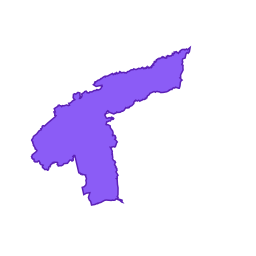 Ban Pong, Ratchaburi, Thailand, rotated 146°
{"feature_id": "78962969B74786164204095", "entity_name": "Ban Pong", "entity_type": "district", "adm_level": 2, "iso_a3": "THA", "parent_name": "Thailand", "parent_adm1": "Ratchaburi", "projection": "albers", "projection_center": [99.771, 13.854], "detail": "fine", "context": "isolated", "style": "filled", "palette": "violet", "viewbox_px": 256, "rotation_deg": 146, "n_neighbors": 0, "source": "geoboundaries", "source_scale": "gbopen_adm2", "svg_char_len": 5969}
<svg xmlns="http://www.w3.org/2000/svg" viewBox="0 0 256 256"><g transform="rotate(146 128 128)"><path d="M201.3,84.5L198.2,83.1L195.7,82.7L195.8,82.4L195.4,82.2L194.3,82.2L192.1,81.5L187.8,81.1L186.4,80.5L182.4,77.3L181.1,76.9L180.9,76.5L179.2,75.5L177.5,75.9L175.2,72.6L174.6,70.1L174.2,69.6L174.3,70.7L173.5,71.1L173.3,71.6L175.8,74.6L176.0,75.4L174.9,76.1L175.3,77.1L173.7,78.2L169.7,84.0L168.3,87.1L165.8,91.3L165.9,92.6L165.0,92.3L164.1,94.0L162.7,94.4L162.5,98.3L160.6,99.2L160.4,100.6L159.9,100.8L160.2,102.4L159.6,102.7L159.7,105.1L159.0,105.5L158.5,106.3L157.6,106.4L157.4,107.9L158.1,109.0L158.1,111.2L157.2,112.0L156.2,114.0L156.0,115.1L155.6,115.0L154.8,116.8L154.2,117.2L153.9,118.1L153.5,121.8L152.6,120.9L152.2,121.3L150.6,120.8L149.7,119.7L149.1,120.0L148.8,119.7L145.7,122.1L144.7,122.4L144.9,124.9L145.3,126.1L143.6,126.5L143.3,127.6L143.6,127.8L143.0,128.8L143.4,129.6L145.1,130.3L144.7,131.1L144.0,131.1L142.9,132.7L142.4,134.3L142.6,137.8L141.6,139.8L142.9,142.1L144.2,142.9L144.2,143.2L142.3,145.0L141.8,144.7L139.5,144.4L138.7,143.7L136.7,144.6L136.2,144.6L136.0,143.9L135.5,144.1L135.2,143.5L134.5,143.9L134.6,144.5L135.0,144.5L135.1,145.5L135.7,146.3L136.8,145.9L137.8,147.2L139.5,147.5L140.4,148.3L140.0,151.8L139.0,151.9L138.8,152.5L137.4,152.1L137.7,152.4L136.9,153.2L135.3,153.6L135.2,152.9L134.8,152.8L135.1,151.5L134.4,151.1L131.9,147.5L131.0,147.6L129.6,147.1L128.3,147.5L128.0,146.7L126.4,145.8L125.5,145.4L123.6,145.4L123.1,144.9L121.3,144.9L118.5,146.1L118.4,145.6L117.9,145.6L117.0,144.7L116.6,145.1L115.8,144.3L115.3,144.3L114.9,144.9L112.3,144.4L109.5,145.0L108.8,146.2L107.4,146.2L107.1,146.3L107.1,146.7L106.0,146.8L105.3,145.2L103.6,145.0L103.2,143.6L102.2,143.7L101.0,143.2L99.9,143.5L98.7,142.6L97.1,142.3L96.9,142.9L95.7,142.4L93.9,143.8L92.3,143.7L91.0,144.1L90.7,144.5L86.0,143.7L85.2,142.3L84.5,142.5L83.3,142.0L82.8,141.2L81.8,140.6L81.2,139.2L79.1,137.9L75.7,136.4L74.2,136.1L72.6,136.4L72.5,136.0L71.3,136.2L70.0,135.4L69.8,135.7L67.9,135.9L66.9,135.0L65.8,135.2L63.7,132.6L63.2,132.3L61.5,133.7L58.9,136.7L57.4,137.5L56.4,137.5L56.9,140.5L56.1,140.4L54.7,142.6L49.9,145.3L48.4,147.9L47.3,149.2L47.9,150.4L45.8,152.0L45.5,152.6L45.7,152.9L44.4,154.5L43.8,154.7L41.5,154.1L38.6,156.9L37.3,157.5L36.7,157.4L36.4,156.3L34.5,156.9L31.5,160.0L34.9,159.6L35.3,160.8L37.1,160.9L37.1,161.5L39.2,162.8L41.7,162.8L42.0,162.4L42.4,162.5L42.5,162.0L43.6,162.2L44.4,161.7L44.8,162.8L45.3,163.1L45.1,164.0L45.3,164.4L46.8,164.6L47.0,164.9L47.2,164.3L47.9,163.9L48.6,164.7L49.1,164.5L49.5,163.9L49.7,164.7L50.6,163.7L51.5,163.9L52.0,163.6L52.8,164.3L53.3,164.1L53.9,164.4L53.7,164.7L54.4,165.8L55.1,165.8L55.1,165.5L56.1,165.2L56.3,165.5L56.7,164.5L57.6,164.7L58.3,166.0L58.4,165.7L58.6,165.8L58.8,166.6L59.6,166.8L59.4,167.2L59.8,167.2L59.8,167.9L61.6,167.6L63.0,167.7L63.3,167.9L63.3,168.4L63.8,168.2L64.9,168.7L65.6,168.4L66.2,168.7L66.9,167.8L67.5,167.9L68.0,167.5L68.2,168.1L68.8,168.3L68.7,167.6L68.9,167.7L69.0,167.4L70.1,167.5L70.9,166.7L71.6,167.1L72.1,166.7L72.0,166.2L72.5,166.5L72.8,166.0L73.5,166.3L73.6,165.9L74.2,165.9L74.0,165.7L74.5,165.0L75.0,165.0L75.3,165.9L76.1,165.7L76.7,166.5L76.7,166.1L77.1,166.0L77.1,167.1L78.1,167.3L78.5,167.7L79.2,167.2L79.4,167.4L78.9,167.9L79.7,167.7L79.6,168.0L80.5,168.0L80.7,168.4L81.7,168.2L82.1,169.0L81.8,169.4L81.9,170.1L83.0,170.4L83.8,170.1L84.9,170.5L85.7,171.5L88.2,171.8L89.3,172.5L90.1,173.8L91.0,173.5L93.0,174.5L95.6,174.4L96.8,175.0L98.7,174.6L99.5,175.6L99.9,175.6L100.2,176.4L102.8,177.6L102.7,178.0L103.2,178.4L103.1,178.8L103.5,178.8L103.6,179.3L104.6,178.6L106.1,178.9L106.1,179.2L106.4,179.1L107.1,179.5L106.8,180.3L107.4,180.2L107.9,180.5L108.3,180.0L108.5,180.5L109.2,180.4L109.8,180.8L110.0,180.4L110.4,180.5L110.4,181.9L116.0,182.5L117.4,183.3L118.2,183.1L118.2,183.8L120.0,184.0L122.6,183.8L122.8,184.1L124.4,183.8L126.3,184.4L128.4,184.2L129.6,184.7L129.9,184.5L129.9,183.9L130.6,183.9L130.8,183.5L132.5,183.3L131.2,180.3L125.7,178.0L126.1,177.0L126.9,177.2L127.2,176.5L129.1,175.7L131.8,176.2L132.0,177.0L132.6,177.4L133.5,177.0L135.2,178.0L137.7,178.1L139.5,179.3L140.7,178.9L142.2,180.2L141.9,181.0L142.1,182.0L143.6,182.4L144.5,182.0L147.5,182.1L147.7,180.9L149.1,179.6L151.0,179.2L151.6,179.6L149.8,180.9L149.5,182.0L148.3,184.0L149.6,185.5L152.4,185.3L153.0,186.2L154.4,186.4L156.5,183.9L156.6,182.6L156.3,181.2L159.0,181.5L160.3,181.1L162.4,181.1L163.3,181.6L163.7,179.6L165.1,180.0L165.9,181.4L168.7,182.2L169.8,183.2L171.0,182.8L171.2,183.9L172.0,184.6L172.2,185.5L173.3,185.8L173.9,185.2L178.3,185.3L179.3,182.0L180.4,182.7L180.5,182.4L180.8,180.5L181.6,179.5L180.9,178.5L182.4,178.0L191.7,177.0L196.0,176.3L197.1,177.4L197.8,177.5L198.3,177.3L198.4,176.7L200.1,175.8L200.7,176.1L201.0,175.1L203.3,175.4L207.1,174.1L211.1,173.9L212.2,172.9L213.5,172.2L214.0,172.3L214.8,171.6L214.7,169.5L215.2,169.2L215.8,166.4L216.1,166.4L216.1,162.9L216.7,162.7L216.0,160.9L216.1,160.1L218.0,159.6L222.4,159.3L222.7,158.7L223.9,158.4L224.0,157.3L224.5,157.0L224.2,156.3L224.4,155.6L223.4,154.7L224.4,153.1L223.9,152.5L224.1,151.9L222.0,150.5L220.7,150.8L220.2,150.5L220.4,148.4L220.9,147.8L220.6,146.2L219.2,144.6L220.6,143.9L221.0,142.9L220.6,142.4L220.2,140.0L218.3,139.1L218.4,138.1L217.8,137.8L216.5,138.5L215.7,139.8L214.9,139.9L214.3,139.5L214.0,140.1L213.4,140.0L212.6,141.0L211.2,140.8L210.4,141.3L210.0,140.8L209.2,141.3L208.9,140.4L208.0,140.7L205.9,139.1L205.8,138.4L207.1,137.3L206.6,136.5L207.1,135.9L206.7,135.2L205.7,135.0L204.4,134.0L202.6,133.8L201.1,134.3L197.9,132.6L194.2,133.9L192.9,133.0L192.9,131.9L191.8,131.8L191.1,132.1L191.0,133.1L189.3,134.4L189.6,135.2L188.1,135.5L187.5,134.9L193.7,118.7L193.7,118.0L192.8,117.1L193.1,116.3L192.0,115.8L192.2,114.9L190.9,114.3L189.5,112.6L189.9,112.4L190.6,109.6L191.1,108.8L192.1,108.3L193.3,105.7L194.9,104.3L197.2,103.8L199.2,104.4L201.9,97.5L198.9,97.2L195.8,95.7L199.7,92.5L200.3,90.1L200.3,89.4L200.0,89.0L200.2,87.4L201.3,84.5Z" fill="#8b5cf6" stroke="#5b21b6" stroke-width="1.5"/></g></svg>